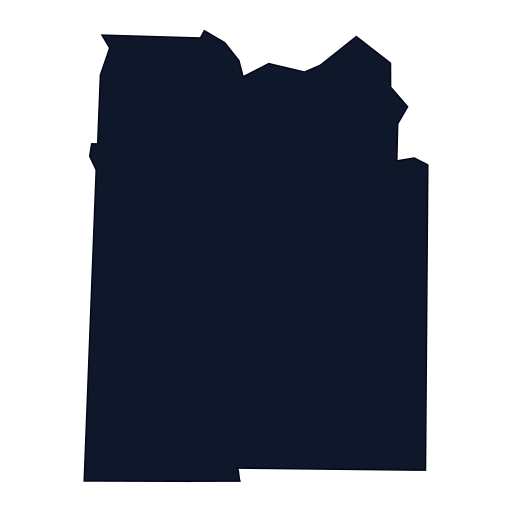 Hardin, Tennessee, United States of America (orthographic projection)
{"feature_id": "52423323B14964085031587", "entity_name": "Hardin", "entity_type": "district", "adm_level": 2, "iso_a3": "USA", "parent_name": "United States of America", "parent_adm1": "Tennessee", "projection": "orthographic", "projection_center": [-88.189, 35.209], "detail": "fine", "context": "isolated", "style": "filled", "palette": "ink", "viewbox_px": 512, "rotation_deg": 0, "n_neighbors": 0, "source": "geoboundaries", "source_scale": "gbopen_adm2", "svg_char_len": 520}
<svg xmlns="http://www.w3.org/2000/svg" viewBox="0 0 512 512"><path d="M239.9,481.1L239.3,478.9L238.3,470.8L237.4,468.1L412.5,470.1L425.5,470.1L427.8,164.9L414.2,158.0L396.8,160.9L397.7,123.8L407.6,106.8L390.6,87.1L390.5,63.2L356.3,36.6L320.5,65.1L304.4,72.1L268.8,63.6L243.1,76.8L238.9,60.6L224.7,42.7L204.3,30.7L200.4,38.0L102.0,35.1L109.7,48.0L100.4,75.1L97.7,143.9L91.7,143.8L89.7,156.2L96.2,169.9L84.2,481.0L98.9,481.0L189.8,481.3L193.5,481.2L239.9,481.1Z" fill="#0f172a" stroke="#020617" stroke-width="1.5"/></svg>